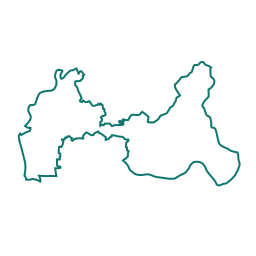 Tu Nghia, Quảng Ngãi, Vietnam (Robinson projection), rotated 177°
{"feature_id": "81297802B55656475848083", "entity_name": "Tu Nghia", "entity_type": "district", "adm_level": 2, "iso_a3": "VNM", "parent_name": "Vietnam", "parent_adm1": "Quảng Ngãi", "projection": "robinson", "projection_center": [108.775, 15.091], "detail": "fine", "context": "isolated", "style": "outline", "palette": "teal", "viewbox_px": 256, "rotation_deg": 177, "n_neighbors": 0, "source": "geoboundaries", "source_scale": "gbopen_adm2", "svg_char_len": 5918}
<svg xmlns="http://www.w3.org/2000/svg" viewBox="0 0 256 256"><g transform="rotate(177 128 128)"><path d="M79.0,168.4L78.7,165.9L78.1,164.2L74.3,157.7L76.9,156.3L77.8,155.7L78.2,155.0L78.9,152.6L79.3,151.8L80.5,150.4L81.7,148.1L82.8,147.2L84.0,146.7L85.0,145.9L87.9,141.4L88.9,140.6L89.5,140.3L94.1,138.9L95.1,138.3L97.5,135.0L102.0,132.2L102.9,132.2L105.8,132.5L107.7,132.9L108.0,133.6L106.9,137.8L106.9,138.1L110.1,141.1L112.9,143.4L116.2,140.5L117.1,140.3L121.6,141.0L123.3,140.9L124.1,140.6L125.6,138.9L127.3,136.0L128.8,135.9L130.3,136.2L132.1,136.9L132.6,136.9L132.8,136.7L132.8,136.0L132.0,135.6L131.8,135.2L131.9,134.8L132.2,134.5L134.0,134.9L135.4,135.4L136.5,135.3L136.6,134.7L136.5,134.3L135.8,133.5L135.0,133.0L132.7,132.8L132.4,132.7L132.3,132.0L132.6,131.6L132.9,131.5L137.1,131.4L141.5,131.6L142.8,130.9L143.5,130.7L144.1,130.8L145.4,132.8L146.0,133.1L146.6,133.4L148.2,133.4L150.7,133.7L151.0,133.5L151.7,132.4L152.1,132.1L152.7,132.1L153.1,132.5L153.6,132.7L154.1,132.6L155.5,131.6L155.6,132.5L155.4,135.2L155.1,135.6L154.3,135.9L153.9,136.3L153.7,136.8L153.4,137.8L153.6,138.5L154.5,140.2L153.7,140.8L152.8,141.3L151.1,141.5L150.4,141.9L150.0,142.1L149.6,143.3L149.7,143.8L150.6,145.7L150.7,146.8L150.6,147.7L150.8,148.3L151.3,148.6L151.9,148.6L152.2,152.2L153.0,152.6L153.8,153.8L154.1,153.9L154.3,153.8L154.9,152.7L155.5,152.9L155.9,153.7L156.4,153.8L157.5,152.6L160.8,151.9L161.9,152.1L162.3,152.2L163.1,153.2L164.7,156.3L165.4,156.7L166.1,156.7L167.1,156.1L168.5,156.0L169.0,156.0L171.0,157.5L171.5,157.8L171.7,157.7L172.3,156.4L172.6,156.3L173.9,156.8L174.4,157.1L174.5,157.5L174.4,158.3L172.8,160.3L174.7,165.4L175.6,167.1L176.4,170.7L177.0,171.8L178.5,173.5L178.4,175.5L178.5,176.5L178.2,177.2L177.8,177.4L175.3,177.4L172.8,177.7L172.3,178.2L172.0,179.0L170.7,179.6L170.2,180.7L170.5,182.1L170.5,182.4L169.0,183.4L169.9,184.1L170.8,186.2L171.9,187.2L172.6,187.2L172.9,187.0L174.1,185.2L174.6,184.9L176.2,189.7L176.5,190.1L177.0,190.1L179.5,188.6L182.2,188.4L182.9,188.2L186.2,185.5L187.8,183.9L189.0,182.3L190.0,181.4L191.7,180.6L192.4,181.0L192.7,182.1L192.8,183.7L192.3,185.4L190.6,188.1L190.6,188.8L191.0,189.0L193.7,189.7L195.1,189.7L196.3,188.8L196.9,187.9L197.6,186.4L198.2,182.6L198.1,182.2L197.1,179.6L197.0,177.7L197.3,175.1L197.5,174.3L198.9,171.9L199.6,170.9L200.5,170.2L202.9,169.3L206.7,169.2L210.8,168.8L212.0,168.5L214.3,167.3L214.8,166.9L215.4,165.9L217.4,162.1L219.4,156.9L219.7,156.6L221.5,155.9L224.5,156.0L225.7,154.6L226.3,153.5L226.6,151.7L226.5,149.8L225.8,147.9L225.1,146.6L224.5,145.0L224.7,142.7L225.1,141.6L225.9,140.5L228.1,137.8L230.7,135.5L228.5,133.7L227.2,133.4L225.6,133.4L225.3,133.2L225.8,130.8L226.0,130.4L227.0,129.9L230.3,128.9L234.9,126.6L235.9,128.1L237.3,126.5L237.5,125.7L237.5,124.8L237.2,123.3L237.3,121.3L235.6,114.4L232.5,98.6L232.5,93.8L232.9,90.3L233.6,87.6L233.6,86.9L233.9,85.8L233.8,85.4L233.4,85.2L232.9,84.3L232.6,83.4L232.5,81.8L231.0,81.8L228.6,81.4L226.6,82.1L225.7,82.1L221.8,81.0L220.0,80.1L219.1,79.3L218.4,79.1L218.2,81.3L218.8,83.8L219.4,85.0L211.9,84.2L208.2,84.2L202.1,83.7L202.7,89.8L202.7,91.6L199.2,91.5L198.0,91.7L197.6,91.9L197.6,92.8L199.9,93.6L200.7,94.1L200.8,94.8L200.7,98.6L200.4,100.5L197.9,100.1L197.7,100.4L197.6,100.8L197.7,102.9L197.1,103.1L197.0,106.0L198.5,106.7L198.1,111.6L197.7,112.9L197.6,113.0L195.6,112.5L195.1,113.2L194.3,114.5L193.6,116.7L193.2,118.2L193.4,118.5L194.3,119.1L194.7,119.7L194.3,120.2L192.7,119.9L191.8,120.1L191.2,121.7L189.9,121.5L189.1,122.7L187.8,122.5L187.1,123.0L186.8,122.9L185.9,121.5L184.6,121.0L185.1,119.0L185.0,118.7L184.3,118.3L183.4,118.4L182.5,119.7L181.9,120.0L180.6,120.0L179.6,120.2L176.5,120.3L175.5,120.2L173.6,119.7L173.2,120.1L173.4,121.9L173.2,122.6L172.7,123.2L171.3,124.4L170.3,125.5L169.3,125.6L168.5,125.1L166.8,123.8L164.9,122.8L163.3,122.6L162.7,123.0L162.3,123.9L161.6,124.6L158.1,126.1L157.6,125.8L157.5,124.9L156.7,124.2L155.7,124.0L155.0,123.6L150.6,119.9L150.9,117.3L148.2,118.0L146.5,119.7L144.8,120.2L144.7,120.5L144.8,121.4L144.7,121.6L143.1,121.5L137.2,119.9L134.3,119.5L133.6,119.2L132.9,118.6L131.9,117.3L131.2,116.9L130.4,116.5L128.4,116.4L128.3,115.2L128.5,114.9L130.2,113.7L130.4,113.3L130.7,112.3L131.2,109.4L131.0,109.2L130.1,108.8L130.0,108.6L130.2,107.3L130.0,105.6L129.7,105.3L128.8,105.2L128.6,104.9L128.6,104.5L129.2,103.3L129.5,102.0L129.6,99.6L130.7,98.8L131.6,97.7L133.1,97.2L134.2,96.3L134.7,95.7L133.2,94.5L132.2,93.4L130.3,90.8L129.6,89.4L128.5,86.5L127.5,85.1L123.4,81.7L121.8,81.1L120.0,80.6L117.2,80.3L111.1,80.8L107.8,80.0L104.4,78.3L102.1,77.6L89.9,75.2L84.8,74.9L83.9,75.1L78.6,78.0L75.4,79.2L72.8,80.6L71.8,81.6L69.3,84.6L68.4,86.1L67.8,87.5L66.1,89.2L64.7,90.2L63.7,90.6L60.8,90.7L59.3,90.5L56.4,89.4L55.7,89.0L53.8,86.6L52.7,84.6L52.3,82.4L49.8,78.4L47.1,74.9L44.3,71.1L43.4,69.5L42.6,67.4L42.0,66.6L40.8,66.0L39.9,65.9L38.1,66.3L36.1,67.1L33.2,67.5L31.9,68.1L27.8,71.0L23.7,75.0L23.0,76.1L22.2,77.5L20.7,79.8L19.6,82.5L18.8,84.2L18.5,85.2L18.5,86.3L18.6,87.9L19.2,89.7L19.3,91.2L19.4,95.2L19.9,97.8L22.6,98.5L26.4,99.8L29.0,101.8L32.7,103.6L35.4,105.2L36.5,106.1L37.3,106.9L37.8,107.8L38.7,111.4L39.8,118.3L40.6,121.9L41.2,123.0L42.0,123.5L44.0,124.1L44.8,124.9L44.9,126.3L44.7,127.4L44.6,128.9L45.3,133.7L45.8,134.7L47.0,135.6L48.5,136.2L48.8,136.6L49.1,137.3L51.1,143.9L52.0,144.9L52.5,145.9L52.6,146.9L51.7,148.8L49.6,151.5L48.2,152.9L47.2,153.7L45.9,155.1L45.7,156.5L45.6,162.0L45.3,162.4L43.0,163.7L41.0,165.9L39.7,167.8L39.3,169.7L39.4,171.2L40.2,172.7L41.0,173.7L42.2,174.5L42.5,175.2L42.6,175.9L42.8,177.1L42.7,182.2L42.4,183.2L41.8,184.1L42.9,184.8L43.8,185.6L47.3,187.0L47.7,187.5L48.8,189.3L49.3,189.8L50.0,190.0L50.9,190.1L52.2,189.7L53.9,188.0L55.1,187.3L55.8,187.2L57.9,187.5L58.4,187.3L59.1,186.5L59.6,185.5L61.1,181.2L61.7,180.3L63.3,179.6L65.0,177.6L66.3,176.6L68.0,176.3L70.8,176.1L72.1,175.8L72.6,175.4L73.6,173.9L76.2,171.1L78.6,169.1L79.0,168.4Z" fill="none" stroke="#0f766e" stroke-width="2"/></g></svg>